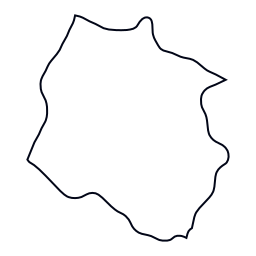 outline of Guananico, Puerto Plata, Dominican Republic
{"feature_id": "3306468B53789709824921", "entity_name": "Guananico", "entity_type": "district", "adm_level": 2, "iso_a3": "DOM", "parent_name": "Dominican Republic", "parent_adm1": "Puerto Plata", "projection": "albers", "projection_center": [-70.91, 19.688], "detail": "fine", "context": "isolated", "style": "outline", "palette": "ink", "viewbox_px": 256, "rotation_deg": 0, "n_neighbors": 0, "source": "geoboundaries", "source_scale": "gbopen_adm2", "svg_char_len": 2008}
<svg xmlns="http://www.w3.org/2000/svg" viewBox="0 0 256 256"><path d="M225.7,79.8L215.8,74.5L209.6,71.7L207.1,70.4L204.5,68.5L197.2,62.4L193.1,59.9L189.8,58.8L183.6,57.6L180.5,56.7L172.2,53.0L163.4,50.5L160.9,49.0L159.8,47.9L158.2,45.5L155.3,40.4L154.0,37.7L153.0,34.5L152.7,32.7L152.3,24.2L151.7,21.2L151.1,19.8L150.1,18.6L148.8,17.8L147.4,17.4L146.0,17.4L144.6,17.7L142.3,19.0L139.7,21.8L136.9,26.2L135.9,27.2L133.3,28.7L130.2,29.5L126.8,30.0L121.4,30.2L116.0,30.1L108.8,29.5L103.6,28.2L95.4,23.9L89.5,21.3L82.8,17.7L79.8,16.5L75.1,15.4L74.0,20.2L72.9,23.2L69.4,30.0L66.9,36.0L62.4,44.0L59.7,49.9L56.8,54.1L51.2,60.8L49.2,63.5L47.6,66.5L45.6,70.9L42.6,76.2L41.4,79.0L40.9,80.6L40.5,83.9L40.8,88.9L41.6,92.1L44.9,98.9L45.6,100.3L46.5,103.5L47.0,106.8L47.1,110.3L47.1,113.6L46.7,117.0L45.8,120.3L45.2,121.7L41.5,128.4L38.9,134.4L34.4,142.4L27.4,159.6L28.7,161.4L29.5,162.2L34.1,165.1L39.2,169.4L45.5,175.6L60.3,191.0L64.2,194.5L67.0,196.4L68.6,197.1L71.8,197.9L75.1,198.1L78.4,197.8L81.5,197.0L86.6,194.4L89.3,193.3L92.4,192.9L95.6,193.3L98.5,194.7L102.4,197.8L111.0,206.2L114.9,209.5L117.6,211.4L123.3,214.3L125.7,216.1L128.7,219.5L130.2,222.2L132.2,226.3L134.0,228.8L136.2,230.9L138.7,232.6L141.8,233.8L148.1,235.2L151.2,236.1L158.0,239.4L159.4,240.0L162.6,240.6L167.2,240.6L169.9,240.0L171.1,239.4L174.7,236.6L177.2,235.8L180.1,235.8L181.6,236.0L184.1,236.8L186.4,237.9L187.5,233.7L188.5,231.3L190.1,229.4L191.9,228.2L194.3,217.2L195.4,214.0L196.2,212.4L199.4,208.1L209.3,197.5L211.5,194.7L213.2,191.6L213.7,190.0L214.4,186.7L215.4,176.8L216.1,173.6L216.7,172.1L218.3,169.5L220.3,167.4L222.4,165.7L225.7,163.5L226.7,162.5L228.0,159.9L228.6,156.9L228.4,153.8L228.0,152.2L227.5,150.7L225.8,148.1L224.8,147.0L222.5,145.1L215.7,141.6L213.3,139.9L211.2,137.7L209.5,135.1L208.9,133.6L208.1,130.4L207.0,120.4L206.4,117.2L205.4,114.1L202.0,107.3L201.2,104.1L201.0,99.1L201.5,95.8L202.1,94.2L203.7,91.6L204.7,90.4L207.0,88.4L209.8,86.9L215.6,84.6L225.7,79.8Z" fill="none" stroke="#020617" stroke-width="2"/></svg>